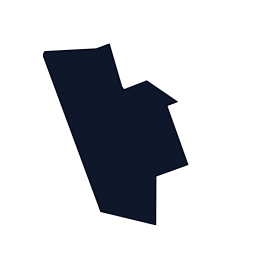 outline of Fada, Ennedi, Chad, rotated 160°
{"feature_id": "50815135B99861554638026", "entity_name": "Fada", "entity_type": "district", "adm_level": 2, "iso_a3": "TCD", "parent_name": "Chad", "parent_adm1": "Ennedi", "projection": "equal_earth", "projection_center": [20.845, 18.83], "detail": "fine", "context": "isolated", "style": "filled", "palette": "ink", "viewbox_px": 256, "rotation_deg": 160, "n_neighbors": 0, "source": "geoboundaries", "source_scale": "gbopen_adm2", "svg_char_len": 377}
<svg xmlns="http://www.w3.org/2000/svg" viewBox="0 0 256 256"><g transform="rotate(160 128 128)"><path d="M117.1,213.1L130.8,213.0L179.9,228.0L181.9,226.3L182.7,224.2L181.9,58.9L181.7,58.8L135.2,28.0L118.4,73.5L84.5,73.4L84.1,135.9L73.3,136.1L90.4,160.0L94.4,165.6L119.0,165.1L120.0,168.9L117.1,213.1L117.1,213.1Z" fill="#0f172a" stroke="#020617" stroke-width="1.5"/></g></svg>